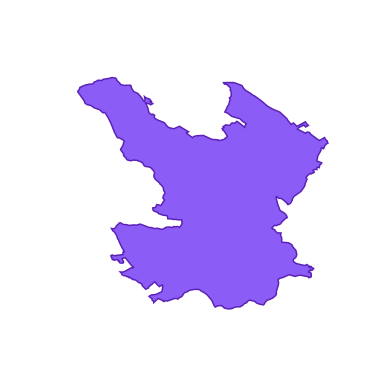 Romanasi, Salaj, Romania (Natural Earth projection), rotated 18°
{"feature_id": "2599482B65987925441026", "entity_name": "Romanasi", "entity_type": "district", "adm_level": 2, "iso_a3": "ROU", "parent_name": "Romania", "parent_adm1": "Salaj", "projection": "natural_earth1", "projection_center": [23.168, 47.11], "detail": "fine", "context": "isolated", "style": "filled", "palette": "violet", "viewbox_px": 384, "rotation_deg": 18, "n_neighbors": 0, "source": "geoboundaries", "source_scale": "gbopen_adm2", "svg_char_len": 6089}
<svg xmlns="http://www.w3.org/2000/svg" viewBox="0 0 384 384"><g transform="rotate(18 192 192)"><path d="M301.4,268.1L303.6,264.6L303.8,262.7L303.2,261.7L303.0,260.8L302.8,253.4L302.2,250.9L301.3,249.7L301.1,248.5L302.5,246.7L304.8,245.3L309.9,240.7L316.3,240.4L319.1,238.3L321.7,237.5L329.3,236.7L329.7,237.4L331.6,235.8L331.0,233.6L330.2,232.3L328.4,231.9L327.9,232.3L327.4,232.1L327.4,231.4L327.9,231.0L328.6,229.3L329.4,230.0L330.4,229.3L331.4,227.5L331.3,227.1L329.1,226.7L328.1,226.0L327.6,227.3L326.9,227.5L326.5,227.2L326.5,226.4L323.6,225.5L322.0,227.1L313.7,227.8L310.5,227.1L309.4,225.9L309.2,225.0L311.0,221.8L311.0,219.1L308.9,215.5L304.7,212.9L303.6,211.5L300.9,210.7L299.2,210.5L293.0,212.0L292.3,210.8L292.0,209.2L291.3,207.7L289.5,205.7L289.4,203.5L287.6,203.8L286.6,204.7L284.2,203.9L282.6,202.5L281.4,202.1L280.4,202.3L279.0,201.3L280.9,198.2L283.0,197.7L283.7,196.6L285.1,196.0L286.0,194.9L287.3,191.4L287.9,190.7L289.1,188.1L290.3,187.3L290.4,186.7L289.0,185.0L286.4,183.5L281.5,182.4L277.3,177.2L274.6,172.9L273.6,170.6L274.0,170.1L276.5,171.2L278.0,170.7L280.0,170.8L285.0,172.8L286.8,174.3L287.7,174.0L289.2,172.1L289.9,168.7L289.7,167.6L290.1,165.0L294.8,158.7L295.8,156.9L297.3,151.6L297.1,148.7L297.4,144.1L295.9,143.0L296.9,140.5L298.4,138.0L300.0,137.8L300.3,137.0L301.0,136.9L301.1,136.4L302.0,135.8L302.1,135.2L300.4,134.0L301.6,132.6L303.9,132.0L303.4,130.8L303.5,129.9L304.6,129.3L305.5,129.5L305.2,126.8L306.4,125.0L306.3,124.1L301.1,124.0L300.5,118.6L301.7,113.3L301.4,109.8L303.7,110.2L303.9,109.2L303.8,107.9L304.7,105.2L306.2,103.5L305.5,103.1L304.9,101.7L303.2,101.0L301.1,99.3L298.4,102.5L296.9,103.7L286.8,100.3L286.3,99.6L284.6,99.0L282.7,99.6L281.9,101.0L273.2,99.7L272.8,99.6L273.4,98.0L277.7,93.9L280.1,95.0L282.1,92.7L280.2,91.8L278.1,90.2L272.2,96.5L271.0,97.0L270.8,96.7L267.0,95.0L265.5,97.2L260.9,94.2L259.5,92.9L250.9,88.9L243.5,88.3L237.4,87.1L229.8,83.9L222.5,81.5L219.4,81.0L216.8,79.9L215.0,79.8L214.0,79.1L212.1,79.1L209.0,77.4L206.5,75.3L200.0,75.0L197.3,75.2L188.2,78.2L189.4,79.3L192.0,79.0L196.2,81.0L196.6,81.7L196.8,83.3L197.6,83.8L198.8,85.6L199.6,89.2L198.5,91.0L199.6,91.9L199.9,97.6L199.1,100.5L199.2,101.5L198.5,105.8L201.1,105.9L206.7,107.8L215.0,107.5L217.8,109.0L222.5,110.3L221.9,113.4L222.1,114.2L214.4,111.3L212.7,111.0L211.5,113.4L208.9,113.9L208.2,114.5L207.7,116.4L207.4,116.9L203.2,117.8L201.4,120.3L202.5,120.9L201.1,122.3L202.2,123.1L202.0,123.5L204.0,124.3L207.7,127.4L208.4,128.4L207.6,129.7L207.6,130.6L206.7,131.0L206.4,131.9L201.9,134.8L200.9,134.3L194.6,135.8L185.3,134.7L179.2,137.0L176.4,138.7L175.7,140.2L168.5,137.8L168.5,137.4L170.1,135.8L159.7,133.4L155.3,137.4L150.9,137.9L148.7,137.5L144.2,134.6L137.1,134.1L133.9,133.5L132.7,132.1L132.9,130.8L131.5,130.2L130.8,130.0L130.0,130.8L128.4,130.7L126.9,130.0L125.3,128.0L124.1,125.8L121.1,122.3L120.2,121.6L124.4,121.4L125.6,121.9L127.4,120.1L124.4,119.1L125.4,118.4L123.7,117.3L123.5,116.9L120.6,116.6L119.4,116.8L117.4,116.0L118.5,118.0L119.0,119.8L118.1,120.5L117.3,120.1L116.4,118.9L110.6,115.3L109.6,114.9L106.0,114.6L104.8,114.0L102.8,112.2L101.8,111.0L101.5,110.1L100.4,109.5L94.3,111.6L91.1,111.8L90.4,111.6L89.8,110.8L85.9,109.1L85.5,108.1L84.1,107.3L80.4,107.9L78.5,109.3L72.7,112.3L71.4,114.0L69.8,114.2L67.8,114.9L66.8,116.3L65.1,117.5L64.3,119.9L60.9,121.2L57.6,123.2L54.3,125.9L53.8,126.9L53.1,127.1L53.1,129.8L52.4,130.7L52.4,132.0L61.4,138.7L62.5,140.3L64.8,141.3L69.3,141.0L72.7,142.1L79.4,142.4L81.1,143.6L83.2,144.1L84.6,143.3L89.3,147.2L94.0,152.1L99.6,158.9L103.7,163.0L104.5,163.4L106.1,163.0L110.0,163.7L111.7,164.5L111.9,169.2L110.9,173.4L111.1,174.0L115.1,176.8L115.7,178.5L118.6,180.1L120.1,181.3L121.0,181.5L124.1,181.2L126.3,179.8L130.1,178.8L131.0,179.1L133.6,179.0L136.0,179.6L138.2,181.6L139.5,182.1L143.8,181.4L145.7,181.8L149.4,184.0L150.4,185.2L150.6,186.0L150.5,187.5L150.9,188.9L152.1,190.4L153.4,191.4L158.2,193.3L158.9,194.2L160.9,195.0L163.2,196.6L164.7,199.5L165.9,200.2L166.3,200.9L166.5,202.4L165.9,204.5L166.2,206.8L168.3,208.0L166.6,214.4L162.4,214.8L162.1,218.0L159.6,219.2L160.4,221.1L161.4,221.8L165.9,222.0L166.7,222.9L171.7,223.0L175.5,222.2L176.7,223.6L177.2,225.0L180.3,224.1L183.1,223.8L185.0,223.0L186.1,223.0L190.2,222.0L190.9,221.6L191.5,222.6L191.5,223.5L192.3,225.1L191.3,229.4L188.8,229.3L186.5,230.4L185.1,230.5L184.7,231.5L184.0,231.9L181.6,232.2L179.1,233.1L177.9,233.9L176.1,236.1L174.3,237.0L170.5,237.1L167.5,238.4L163.9,238.4L162.5,239.0L152.9,238.5L151.5,239.2L149.8,240.5L146.3,241.5L142.6,243.2L140.0,243.3L136.5,244.1L133.7,243.4L133.0,243.6L132.2,244.2L131.8,245.5L130.9,246.9L129.8,250.5L128.3,251.4L126.7,251.6L128.9,253.5L130.6,254.0L133.5,256.4L134.7,257.8L135.5,259.3L137.2,260.4L137.8,261.5L142.5,266.5L146.1,269.7L145.0,270.4L145.6,272.9L137.7,276.6L136.3,276.8L135.6,276.5L134.5,277.7L137.2,280.9L138.3,280.3L139.1,281.0L141.8,279.2L143.2,280.4L143.3,279.8L144.0,280.0L145.2,281.7L147.5,281.3L148.6,280.6L148.5,279.4L146.8,278.0L146.1,276.8L148.9,275.1L156.4,280.1L159.7,281.6L159.0,282.4L158.3,282.2L152.3,288.6L151.0,289.5L148.4,290.2L150.3,291.3L151.0,292.3L153.0,292.6L155.0,292.2L156.1,292.7L157.3,292.3L158.4,292.9L158.8,292.4L163.0,293.6L163.9,293.2L166.2,293.3L169.0,294.5L172.6,294.9L173.7,296.5L178.1,298.8L180.3,296.6L180.2,295.8L180.5,294.9L182.3,292.4L184.2,289.0L185.7,289.6L185.9,290.0L190.1,292.1L192.5,289.6L193.0,290.0L193.4,291.3L194.2,296.0L189.5,300.5L185.1,302.5L183.4,304.5L185.5,305.5L186.9,305.7L187.6,307.4L189.4,307.8L189.8,309.0L192.6,303.8L196.6,304.1L198.9,304.9L199.3,304.7L199.4,303.8L202.1,303.4L208.5,298.6L210.3,298.0L211.6,298.3L212.6,296.5L214.6,294.5L215.1,293.2L215.3,291.5L216.7,289.4L218.6,288.1L220.0,286.2L225.0,283.6L229.1,282.5L232.1,283.6L234.5,283.9L238.2,285.1L244.4,289.0L248.4,293.5L249.8,294.2L251.6,292.3L255.3,290.9L258.8,292.4L263.0,291.9L266.1,290.5L267.8,288.7L269.3,287.7L273.3,286.3L275.3,284.0L276.3,282.0L278.3,280.3L278.6,278.9L280.0,277.1L285.4,276.6L287.5,277.6L290.3,277.8L294.4,277.4L295.1,277.0L295.7,274.3L297.1,271.3L297.9,271.1L301.4,268.1Z" fill="#8b5cf6" stroke="#5b21b6" stroke-width="1.5"/></g></svg>